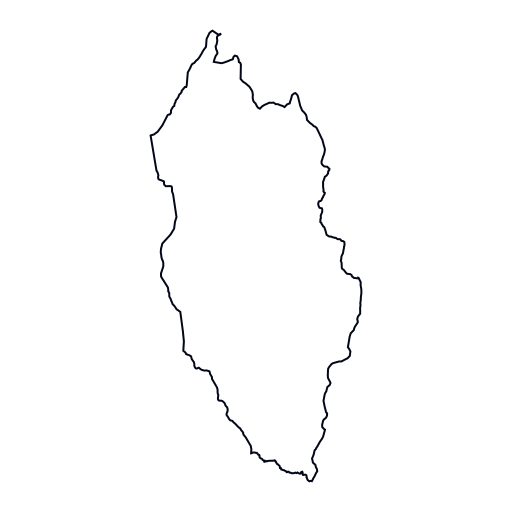 outline of Valle Grande, Jujuy, Argentina
{"feature_id": "61730980B80142303912096", "entity_name": "Valle Grande", "entity_type": "district", "adm_level": 2, "iso_a3": "ARG", "parent_name": "Argentina", "parent_adm1": "Jujuy", "projection": "equal_earth", "projection_center": [-64.987, -23.464], "detail": "fine", "context": "isolated", "style": "outline", "palette": "ink", "viewbox_px": 512, "rotation_deg": 0, "n_neighbors": 0, "source": "geoboundaries", "source_scale": "gbopen_adm2", "svg_char_len": 6047}
<svg xmlns="http://www.w3.org/2000/svg" viewBox="0 0 512 512"><path d="M358.1,277.7L357.9,278.4L353.8,277.9L353.2,277.2L352.2,276.6L351.5,275.0L350.4,274.2L346.9,273.7L345.7,272.4L343.7,269.8L342.3,268.9L341.8,268.0L341.6,262.8L340.8,260.8L341.2,259.3L341.4,256.7L342.0,255.1L342.8,253.7L343.3,251.5L343.5,249.9L343.9,248.4L344.0,246.8L344.5,245.2L344.5,243.4L344.3,242.0L343.3,241.2L341.5,240.9L340.4,239.4L339.1,239.1L337.7,239.2L335.7,237.8L334.4,237.8L333.9,237.5L332.1,237.1L331.2,236.6L329.4,236.5L328.6,236.2L326.6,234.8L325.2,229.7L324.2,227.0L323.1,226.4L322.7,225.4L321.9,224.4L321.3,222.9L320.7,222.5L320.3,222.0L320.5,218.8L320.9,218.2L320.7,215.6L322.1,212.2L322.3,210.2L322.0,208.4L319.6,207.8L318.8,206.5L318.2,204.3L318.4,202.6L319.1,201.3L320.5,201.0L321.3,200.5L321.7,199.7L322.2,198.3L323.1,197.1L323.2,196.3L324.5,194.2L324.8,192.8L324.0,192.3L323.4,191.3L323.6,190.4L323.3,188.4L323.1,186.8L323.1,183.4L323.0,182.2L324.2,178.9L324.8,176.8L326.1,176.0L327.4,174.5L328.2,173.1L328.0,172.2L328.6,170.5L329.2,170.3L329.4,168.7L328.4,168.0L327.4,166.8L324.2,166.4L322.4,164.8L321.6,163.4L321.5,161.5L322.7,158.0L322.9,156.9L323.6,155.5L324.3,153.2L324.9,150.2L324.8,148.6L323.7,144.9L322.3,139.6L321.8,138.8L317.7,130.1L316.5,127.8L315.3,126.7L313.8,126.2L312.5,124.8L309.8,122.8L307.0,119.9L306.7,117.2L306.0,114.8L304.2,112.5L302.1,110.4L300.2,105.8L298.2,97.4L297.5,95.2L295.5,93.1L294.0,93.5L292.0,95.2L291.0,99.2L290.2,101.4L289.7,103.4L287.2,104.3L284.5,107.1L282.6,105.9L280.2,105.2L278.0,104.2L275.7,104.1L273.5,102.6L271.4,102.8L269.4,102.7L264.1,105.1L262.1,106.4L259.9,108.7L258.0,107.7L256.8,106.0L255.5,103.4L254.1,102.1L253.3,100.8L252.8,98.6L252.7,96.3L252.9,94.9L252.3,91.4L251.1,89.3L249.4,86.7L245.6,83.4L242.9,81.6L240.6,78.9L240.9,64.4L240.1,62.7L238.9,62.1L238.6,59.3L237.1,56.3L234.8,55.6L233.5,56.9L232.8,59.3L230.0,60.2L228.3,61.0L224.2,62.5L221.5,63.2L213.8,61.9L214.4,59.3L215.7,55.9L217.4,53.5L217.2,51.6L216.2,49.4L215.6,46.3L216.6,44.4L217.0,42.4L217.3,40.5L216.9,38.0L217.2,36.4L218.6,35.2L220.0,34.7L221.1,33.6L218.4,34.7L212.5,30.7L211.0,31.6L209.5,32.9L206.6,38.9L206.0,46.8L203.7,49.9L202.5,51.8L201.8,53.3L199.1,57.7L197.6,59.5L196.1,60.7L194.3,62.9L193.1,63.5L192.0,64.3L191.2,65.7L190.1,68.3L187.8,72.4L186.7,85.5L186.2,87.0L184.9,87.0L181.7,90.8L181.7,91.7L180.5,93.6L179.3,94.5L178.0,97.7L175.8,100.5L175.5,102.0L174.5,104.0L174.3,105.9L173.0,106.8L171.0,110.3L171.0,112.7L170.0,114.3L168.4,114.7L167.6,115.2L162.4,125.3L157.7,131.7L153.9,134.5L150.9,135.3L150.6,135.5L156.5,170.7L157.2,171.7L157.8,173.1L158.4,175.4L158.1,176.6L158.1,177.7L158.3,178.7L158.9,179.4L160.4,180.1L161.2,180.2L162.4,180.8L163.7,181.2L164.1,182.2L163.9,183.2L164.1,184.2L164.3,184.8L165.8,186.2L170.5,186.1L171.4,186.4L171.8,186.9L172.0,188.7L172.0,190.3L172.1,191.7L173.1,194.3L176.5,217.1L175.0,221.8L174.1,228.7L170.5,234.6L162.3,243.6L161.0,248.9L160.8,251.3L160.8,253.0L161.1,254.1L161.4,256.9L162.1,259.7L162.7,260.5L163.3,262.9L163.3,266.4L161.0,273.4L161.0,275.5L161.2,276.9L167.8,287.3L168.0,288.0L168.3,290.4L168.2,291.3L169.2,292.8L169.3,296.4L169.8,297.5L170.5,298.6L171.5,301.4L171.9,302.1L172.6,304.1L174.0,305.5L175.5,307.5L176.2,308.8L177.0,309.6L177.7,310.0L180.3,311.9L182.9,331.4L183.9,341.5L183.3,350.8L185.6,352.7L186.1,354.1L189.6,355.4L191.1,356.4L191.7,359.0L193.9,362.2L194.2,363.2L194.4,366.0L195.0,367.5L195.9,368.4L196.8,368.5L198.8,367.7L201.0,369.5L202.8,370.2L204.7,370.6L206.4,370.4L209.4,371.3L209.8,372.4L210.0,373.7L212.0,377.2L212.0,378.9L216.9,387.3L217.4,388.8L217.6,390.2L217.6,392.3L217.8,393.7L218.3,395.0L218.0,397.4L217.9,398.8L218.3,400.0L219.3,400.7L221.3,400.7L222.5,401.1L224.6,403.1L225.7,405.9L226.9,407.0L227.5,408.3L227.7,410.0L227.4,411.9L226.9,412.6L226.5,414.5L226.7,415.2L228.0,417.0L229.2,419.2L229.8,419.9L230.5,420.4L231.4,420.6L232.4,420.9L233.4,422.2L235.3,423.8L238.2,426.9L239.3,427.8L240.1,428.3L241.1,430.1L242.6,431.8L243.2,432.8L243.2,433.8L243.5,434.5L244.0,435.3L245.7,437.3L250.9,446.2L250.9,447.3L251.3,448.4L251.3,450.3L251.1,453.3L251.7,453.2L252.3,452.8L253.1,452.5L255.0,452.5L255.5,452.8L256.9,452.9L258.3,454.7L259.2,454.9L259.5,455.7L259.5,456.9L259.9,457.7L261.0,458.5L262.0,458.9L262.4,459.3L262.6,459.9L263.7,460.5L264.3,461.8L264.6,461.8L264.6,461.4L264.9,460.7L266.5,461.2L266.9,461.4L267.6,461.0L268.5,460.8L273.2,460.7L274.4,460.3L274.8,460.4L275.1,460.6L275.1,461.0L275.2,461.3L275.7,461.8L276.0,461.8L276.3,462.3L276.5,463.2L276.9,463.8L277.4,464.2L278.2,464.5L278.8,465.3L279.7,466.1L280.0,468.1L281.0,468.2L281.3,469.5L282.3,469.7L282.9,470.0L284.0,470.2L284.5,470.6L285.8,471.1L286.7,472.2L287.3,472.1L287.8,471.7L288.6,471.7L289.0,471.9L289.2,472.4L289.5,472.6L289.9,472.7L291.0,472.8L291.4,473.1L292.6,473.3L294.4,473.0L295.3,472.6L296.5,473.1L297.5,472.5L299.0,473.4L300.0,473.7L300.7,473.5L301.2,472.1L302.2,471.7L302.6,472.3L302.6,473.6L302.9,474.9L303.2,475.0L303.7,474.8L305.4,474.7L305.8,474.8L306.3,475.2L306.6,476.5L306.5,477.3L307.0,478.1L307.1,478.6L307.5,479.7L307.9,480.2L309.3,481.3L310.4,480.9L311.9,481.2L313.7,477.6L314.7,476.1L315.9,473.3L317.2,471.4L317.0,469.3L316.3,467.8L315.9,467.3L315.5,465.1L314.9,464.4L313.0,462.7L312.7,461.9L312.6,460.6L312.0,458.7L313.7,454.5L314.6,450.3L315.7,449.3L316.2,448.1L317.3,446.5L319.9,441.8L322.1,438.6L323.1,436.6L325.0,429.7L323.9,428.9L322.3,427.2L322.1,424.9L323.2,420.4L324.5,418.9L325.8,418.0L326.6,416.6L327.0,415.5L327.1,413.3L326.1,412.3L324.7,406.8L323.5,400.8L324.7,394.4L325.3,392.9L326.3,391.3L327.3,387.1L329.7,385.0L330.5,383.0L330.0,381.8L328.0,378.0L327.8,375.5L328.0,370.0L328.2,368.6L329.2,366.9L331.6,364.0L333.2,363.1L339.0,361.5L341.5,361.4L346.0,359.0L347.4,358.4L349.8,355.9L350.4,351.4L349.1,348.8L347.9,347.3L349.6,337.0L350.7,333.3L353.8,330.1L354.2,328.4L354.7,327.1L357.8,322.3L357.7,320.9L357.2,319.2L357.9,316.7L359.1,315.0L360.1,313.9L360.2,311.8L360.1,307.9L360.5,305.4L360.3,303.3L360.8,299.6L360.8,297.8L361.4,293.0L361.3,289.2L360.6,285.1L360.7,282.2L358.6,277.9L358.1,277.7Z" fill="none" stroke="#020617" stroke-width="2"/></svg>